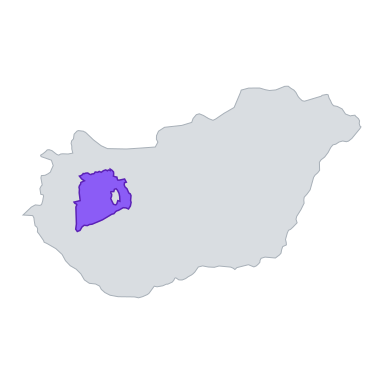 Veszprém highlighted on a map of Hungary
{"feature_id": "HUN-3158", "entity_name": "Veszprém", "entity_type": "County", "adm_level": 1, "iso_a3": "HUN", "parent_name": "Hungary", "parent_adm1": "", "projection": "albers", "projection_center": [17.661, 47.071], "detail": "fine", "context": "in_parent", "style": "filled", "palette": "violet", "viewbox_px": 384, "rotation_deg": 0, "n_neighbors": 0, "source": "natural_earth", "source_scale": "10m", "svg_char_len": 3840}
<svg xmlns="http://www.w3.org/2000/svg" viewBox="0 0 384 384"><path d="M322.1,95.3L326.8,94.4L327.0,94.5L328.1,94.8L329.1,98.2L329.2,98.4L330.5,100.6L331.7,103.5L333.5,105.7L337.2,106.4L342.1,108.9L345.5,114.0L350.3,115.9L350.6,115.9L351.5,115.6L354.9,115.2L355.6,116.2L358.4,118.6L359.6,120.9L359.2,123.3L359.9,126.0L361.0,126.9L359.8,128.8L351.8,138.5L348.5,141.1L346.3,141.7L342.7,141.0L339.1,142.0L335.9,144.1L332.9,144.9L330.8,147.4L328.1,152.5L324.7,157.0L321.1,159.8L319.4,162.2L319.6,170.3L317.7,172.8L315.0,175.2L313.6,177.4L310.1,189.9L307.1,194.0L304.2,197.2L303.8,200.0L304.1,203.2L300.9,209.7L296.7,216.4L296.0,219.2L297.1,222.8L293.0,227.1L290.6,229.3L288.5,230.3L287.3,233.0L285.5,239.5L286.2,242.3L286.4,244.9L282.7,246.6L281.7,249.5L281.0,253.2L279.5,254.9L275.4,258.0L265.0,257.1L261.1,258.3L260.0,260.5L259.9,262.2L258.6,263.8L256.3,265.9L253.9,266.9L248.4,264.7L236.9,267.6L234.9,269.5L233.2,268.2L230.7,267.1L219.0,266.0L214.4,267.3L208.3,267.0L202.6,265.9L198.3,267.0L194.7,272.2L192.9,273.9L191.4,275.0L188.3,276.7L185.6,278.6L182.1,280.0L178.9,279.9L175.8,277.8L174.7,278.3L173.8,280.3L172.2,282.1L167.7,284.2L166.5,284.2L166.3,284.2L162.8,285.8L157.1,286.8L154.2,286.2L149.1,293.2L147.5,294.5L142.5,296.7L138.5,297.8L135.0,297.0L133.6,296.9L118.1,296.7L110.0,295.2L104.8,292.5L101.3,289.4L99.6,286.1L95.6,284.0L89.3,283.3L84.4,279.9L80.9,273.9L76.2,269.2L70.2,265.7L65.5,260.7L62.1,254.4L55.8,248.6L46.8,243.4L44.1,242.2L43.6,240.6L39.2,234.2L37.4,231.9L37.6,228.7L36.7,226.9L35.1,225.7L34.3,221.2L33.9,217.8L32.7,215.6L23.0,215.0L31.3,207.1L35.3,204.9L39.9,205.4L41.4,204.7L41.9,203.5L42.7,200.9L43.1,198.4L43.6,196.1L43.1,194.8L40.8,194.3L39.9,188.6L41.0,186.4L42.2,184.9L40.9,177.9L41.4,175.6L45.0,175.3L48.0,173.8L50.4,172.1L51.2,170.0L53.2,165.6L51.4,160.2L41.1,156.6L40.6,155.2L43.0,153.7L45.6,151.6L47.2,149.9L49.1,149.7L51.9,150.6L56.9,154.5L58.8,155.1L60.7,154.0L62.6,153.8L68.2,154.0L72.8,153.1L71.8,149.0L71.8,145.9L71.1,143.5L71.6,140.9L73.5,138.8L74.1,134.2L77.0,131.1L78.3,130.6L83.4,131.2L84.6,132.0L85.4,132.2L93.5,139.9L101.1,145.7L107.4,148.6L116.7,148.8L126.5,149.0L143.0,147.9L155.3,147.0L156.1,145.5L157.9,142.1L156.4,139.2L156.5,135.7L158.5,131.2L164.5,127.3L181.8,125.4L191.7,122.4L193.1,118.5L196.3,114.7L199.3,113.8L203.5,115.5L208.6,118.6L213.0,120.3L215.5,119.1L224.2,113.2L234.1,107.5L240.5,92.4L241.2,90.1L248.6,88.1L259.6,88.0L265.3,89.7L269.5,90.5L275.9,89.9L284.8,86.3L288.2,86.2L290.9,88.3L293.9,90.1L295.9,92.4L297.6,95.6L298.4,96.9L299.8,98.5L302.2,100.7L304.5,101.2L321.2,96.2L322.1,95.3Z" fill="#d9dde1" stroke="#a8b0b8" stroke-width="1"/><path d="M124.6,179.0L126.3,182.2L124.5,182.7L124.2,184.8L124.8,186.7L127.0,188.8L128.8,193.0L130.2,193.8L131.0,195.6L130.6,200.5L131.1,202.4L130.4,206.0L128.5,209.0L126.0,207.9L123.2,207.7L118.4,210.4L117.0,210.8L115.8,211.5L113.9,213.7L111.6,214.3L102.5,219.8L92.1,224.2L89.5,224.5L87.4,225.6L84.1,225.3L82.0,227.0L80.0,230.4L77.3,231.5L75.7,229.2L76.4,224.0L75.9,207.3L76.1,206.4L76.5,205.6L76.8,204.8L76.5,204.1L75.1,203.5L74.5,202.9L74.0,202.1L80.2,200.6L79.2,192.8L79.4,189.3L79.0,187.2L79.6,185.3L80.3,184.7L80.7,183.9L80.7,182.8L81.1,182.3L84.4,180.8L81.6,178.9L79.4,176.1L81.4,175.4L82.7,174.3L83.2,173.5L84.1,173.7L85.9,173.1L87.8,173.0L89.5,174.2L90.3,174.5L91.2,174.5L92.0,173.9L93.1,173.9L94.2,173.5L95.2,172.0L97.8,172.3L99.2,171.4L101.2,172.3L103.4,170.7L105.7,169.9L107.4,170.8L108.3,170.0L109.2,170.1L110.2,170.5L110.2,169.1L112.0,170.3L113.5,171.9L113.7,174.0L113.4,176.1L115.3,176.8L116.9,177.1L117.2,178.7L117.7,180.0L118.9,180.2L124.6,179.0ZM119.9,201.3L119.7,196.7L119.1,193.5L117.5,190.3L116.1,188.7L114.4,189.3L113.8,191.6L110.9,191.7L110.8,193.0L111.7,194.2L111.6,196.2L110.7,198.5L112.0,201.3L113.5,204.3L115.8,204.9L116.8,203.8L117.8,200.6L119.9,201.3Z" fill="#8b5cf6" stroke="#5b21b6" stroke-width="1.5"/></svg>